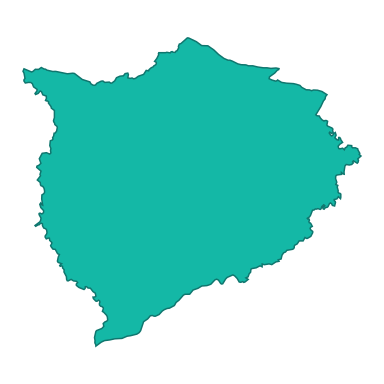 outline of Normandia, Roraima, Brazil
{"feature_id": "56859067B69420104555391", "entity_name": "Normandia", "entity_type": "district", "adm_level": 2, "iso_a3": "BRA", "parent_name": "Brazil", "parent_adm1": "Roraima", "projection": "mercator", "projection_center": [-60.024, 3.837], "detail": "fine", "context": "isolated", "style": "filled", "palette": "teal", "viewbox_px": 384, "rotation_deg": 0, "n_neighbors": 0, "source": "geoboundaries", "source_scale": "gbopen_adm2", "svg_char_len": 5816}
<svg xmlns="http://www.w3.org/2000/svg" viewBox="0 0 384 384"><path d="M95.9,346.1L101.3,342.1L104.5,340.6L109.8,339.9L114.8,338.8L122.0,338.4L127.1,336.2L130.5,335.7L136.9,334.1L139.2,332.6L140.6,330.7L143.6,321.7L147.7,318.9L150.4,315.7L152.5,315.5L154.1,316.2L155.4,316.2L159.1,314.5L162.3,311.0L164.2,309.7L167.0,308.5L169.6,308.1L174.4,305.5L176.1,302.4L178.9,300.3L183.4,295.1L185.0,294.3L189.7,294.2L193.1,290.0L198.0,288.3L201.8,286.0L206.9,285.6L209.9,284.6L211.0,284.1L215.0,279.8L216.7,279.2L218.5,280.1L220.7,283.5L221.6,284.0L222.7,283.8L225.7,278.9L227.2,277.4L232.9,274.9L234.6,275.8L237.2,278.5L239.2,282.0L240.7,282.3L242.8,281.6L243.8,282.4L245.1,281.9L248.2,279.4L245.9,277.9L248.1,276.8L249.1,273.9L250.6,272.2L250.9,269.3L251.8,268.6L256.2,267.8L260.0,265.8L262.1,266.8L262.2,264.0L264.2,264.7L269.1,263.9L271.8,264.6L275.9,261.9L279.0,261.3L278.2,259.8L281.1,259.0L282.0,255.2L283.6,252.8L285.5,252.0L286.9,250.3L292.6,249.3L293.6,248.7L294.2,247.7L294.3,246.0L294.9,245.1L297.1,244.0L299.2,240.9L303.1,240.9L305.0,237.5L306.4,238.4L307.4,238.4L310.8,236.4L312.7,232.7L312.7,231.4L310.9,230.0L310.1,228.6L310.6,227.3L312.3,226.4L311.1,224.0L310.4,223.0L309.4,222.8L308.9,221.7L309.4,220.3L309.1,219.1L307.9,219.1L307.3,218.3L309.5,216.9L310.5,215.4L312.5,210.2L314.0,210.0L315.3,209.0L316.7,209.1L317.9,208.6L320.2,209.4L321.0,208.9L321.8,206.6L323.7,204.8L324.8,205.6L324.3,206.5L323.3,206.9L322.8,207.9L323.2,208.9L324.1,209.2L325.4,207.6L327.2,207.3L328.0,206.6L329.3,203.9L330.4,202.9L331.6,203.8L332.4,205.4L334.6,206.0L335.5,202.4L335.2,201.4L334.3,200.7L334.2,199.5L336.9,198.9L338.4,196.7L340.5,198.7L340.8,197.3L340.8,194.1L339.9,193.3L338.7,193.1L338.0,192.1L338.2,190.7L337.2,187.0L337.8,185.4L335.8,184.5L336.8,182.2L335.6,178.7L335.7,176.3L336.4,175.3L337.5,174.9L341.4,174.4L341.4,172.5L343.0,173.9L344.2,174.2L344.0,171.9L344.9,166.1L346.2,164.5L349.3,165.0L351.7,164.5L353.3,162.9L352.6,161.8L353.4,160.8L357.2,163.2L358.1,162.2L358.5,160.4L357.8,158.9L361.0,156.0L359.2,154.4L359.8,153.3L358.0,150.1L357.7,148.8L355.4,147.8L352.6,147.8L351.8,147.0L351.7,145.6L347.9,145.2L346.6,147.2L345.3,147.7L344.3,149.8L342.7,148.2L339.9,148.8L338.7,148.5L338.1,146.2L339.9,144.2L342.6,142.4L340.7,139.5L340.5,138.5L339.7,137.5L338.7,137.5L338.5,140.0L337.0,139.8L334.9,137.8L336.1,135.2L335.3,132.5L334.2,133.2L332.5,135.5L331.6,135.9L330.6,135.1L329.2,133.0L329.8,132.1L331.8,133.4L333.2,132.6L332.6,130.6L332.9,129.1L332.0,128.0L327.5,126.0L326.9,124.9L327.6,121.3L326.6,120.6L325.1,120.5L324.0,121.0L322.1,119.9L320.3,117.9L319.3,116.0L317.1,115.8L315.8,114.8L320.8,106.6L323.4,101.0L325.1,98.9L325.5,96.6L327.0,94.7L322.0,91.5L317.5,90.2L313.5,90.0L311.6,90.7L309.4,89.9L306.2,89.8L301.8,87.4L299.9,85.4L296.4,84.3L293.4,83.6L286.7,83.2L281.6,82.4L277.6,80.0L276.8,80.8L275.6,81.1L271.9,80.0L269.1,78.7L269.5,76.8L274.7,73.1L277.3,70.2L278.7,69.6L279.0,68.6L276.0,68.0L270.9,68.4L266.9,67.8L263.4,67.8L257.7,67.0L252.8,65.8L248.4,65.8L245.9,64.9L241.2,64.7L237.9,63.9L232.3,61.1L229.9,60.2L228.0,60.2L223.9,58.4L218.6,54.5L213.9,50.0L207.9,45.8L201.7,45.6L196.4,41.7L188.7,38.0L187.3,37.9L181.0,43.5L179.3,44.1L178.4,46.4L178.7,47.8L177.1,50.7L176.0,51.1L175.2,52.4L172.9,52.2L172.2,51.6L171.1,51.8L170.2,52.9L166.8,52.3L165.5,52.7L158.8,52.7L158.4,53.8L158.7,54.7L156.8,58.5L154.6,61.4L156.2,62.2L156.3,63.6L155.8,64.7L153.8,65.9L153.2,66.8L151.0,67.9L149.0,69.7L148.6,70.8L146.2,70.4L143.6,74.4L138.4,76.2L135.4,78.4L133.6,78.8L132.1,78.0L130.0,78.4L127.8,77.8L128.4,74.6L127.8,73.1L125.1,73.6L123.4,75.8L119.9,76.2L116.5,77.7L114.7,80.9L111.9,83.0L110.8,83.2L109.3,82.1L104.7,82.4L102.9,81.0L101.1,81.2L96.7,83.4L95.6,84.9L94.4,85.3L92.9,85.1L90.9,83.8L89.9,81.9L82.3,79.5L74.5,73.5L72.8,73.2L67.4,73.8L55.7,71.4L52.7,71.5L46.8,70.1L45.6,69.2L44.1,69.0L41.3,67.5L38.6,69.4L35.3,69.3L33.1,71.3L31.6,72.0L24.0,68.8L23.0,71.3L24.0,73.1L25.0,78.5L24.1,79.5L23.9,80.9L25.3,83.0L28.6,82.4L30.8,82.5L32.3,83.6L33.6,86.9L37.1,89.4L36.9,91.0L35.0,93.5L35.6,94.5L38.2,93.4L40.2,91.0L41.5,91.7L42.8,94.8L46.3,96.1L46.4,98.5L45.5,100.4L46.3,100.9L47.5,100.9L48.7,102.0L48.4,103.0L51.1,106.7L51.3,108.1L54.4,110.5L54.4,117.6L53.5,120.6L53.7,121.9L54.4,122.6L54.9,124.6L57.0,126.4L57.3,127.5L56.6,131.0L55.3,133.0L54.1,133.2L53.6,136.1L52.6,137.7L53.0,139.0L52.3,140.0L50.3,140.8L49.8,145.6L50.9,148.6L50.5,150.7L50.9,152.9L49.7,154.1L46.5,152.7L42.2,153.3L39.3,158.7L40.9,163.3L39.1,165.1L36.9,166.2L36.7,167.4L41.0,171.1L40.0,174.4L40.5,175.8L37.3,180.0L40.2,182.4L40.5,184.8L41.0,185.7L42.8,186.4L44.1,188.4L44.6,191.2L44.5,192.5L43.8,193.7L41.9,194.9L41.7,198.9L42.7,205.2L41.8,204.8L40.7,203.0L39.8,204.3L40.8,207.6L43.6,210.6L43.6,212.2L42.7,213.5L41.7,213.9L40.0,213.1L39.1,213.5L39.1,214.6L41.0,218.1L40.6,220.5L39.8,221.9L35.0,225.5L35.7,226.3L37.9,225.0L39.4,224.6L40.2,223.6L41.1,223.2L42.4,223.7L42.5,225.7L43.7,228.0L45.7,228.8L46.6,230.0L47.0,232.4L46.6,234.0L45.2,235.9L45.1,237.0L46.3,238.9L48.3,238.1L49.4,238.2L49.7,240.4L51.8,242.5L51.7,243.7L50.6,245.6L51.1,246.7L52.9,249.1L55.3,249.4L57.6,253.7L59.4,254.5L58.3,256.9L57.4,261.1L58.1,262.4L61.6,263.7L59.7,265.4L60.2,266.3L61.6,265.9L62.5,266.3L62.6,268.0L64.1,269.6L64.0,272.0L66.4,276.6L66.6,279.4L67.2,280.7L68.1,280.9L71.1,279.4L73.5,280.9L76.5,281.3L77.6,282.6L76.3,284.1L76.3,285.2L77.2,286.1L79.0,287.5L84.0,289.5L85.1,288.5L85.3,286.7L86.6,286.7L88.0,288.0L90.4,288.2L93.0,291.6L95.3,293.2L95.9,296.2L94.8,297.0L93.0,297.1L93.4,298.6L95.8,301.1L96.9,301.3L98.6,300.2L99.6,300.9L99.9,302.1L99.4,303.4L99.5,305.0L100.6,306.2L102.2,306.7L103.2,307.7L103.3,308.8L102.4,311.4L103.8,312.3L106.5,315.2L107.3,316.7L107.7,319.9L106.6,321.3L105.2,321.7L103.2,323.5L103.8,326.4L101.8,328.5L96.5,330.6L95.8,331.7L94.5,337.6L95.0,340.3L94.9,342.9L95.8,344.8L95.9,346.1Z" fill="#14b8a6" stroke="#0f766e" stroke-width="1.5"/></svg>